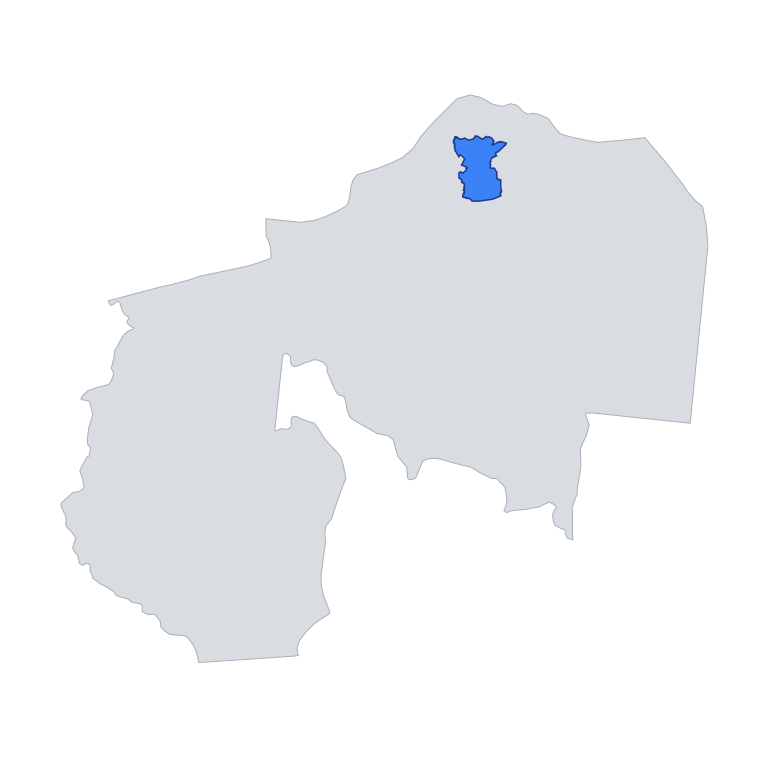 location of Kalomo, Southern, Zambia, rotated 186°
{"feature_id": "96606910B45059584224762", "entity_name": "Kalomo", "entity_type": "district", "adm_level": 2, "iso_a3": "ZMB", "parent_name": "Zambia", "parent_adm1": "Southern", "projection": "robinson", "projection_center": [26.465, -16.838], "detail": "fine", "context": "in_parent", "style": "filled", "palette": "blue", "viewbox_px": 768, "rotation_deg": 186, "n_neighbors": 0, "source": "geoboundaries", "source_scale": "gbopen_adm2", "svg_char_len": 9260}
<svg xmlns="http://www.w3.org/2000/svg" viewBox="0 0 768 768"><g transform="rotate(186 384 384)"><path d="M518.7,536.0L483.7,536.1L470.9,539.2L460.4,544.0L447.9,551.5L440.7,556.7L438.7,559.7L437.7,566.0L437.6,575.9L436.4,583.0L432.5,589.5L413.6,597.4L401.2,603.8L389.0,611.4L379.8,621.3L373.5,633.4L363.0,648.5L341.1,675.4L328.5,680.4L317.9,679.2L305.1,673.6L295.0,672.5L287.4,676.0L280.5,675.0L274.1,669.3L268.8,667.3L264.4,668.8L258.9,668.5L248.8,665.4L240.0,655.9L235.3,651.9L231.7,650.4L221.2,648.8L197.2,646.6L172.3,651.4L150.3,656.2L128.0,634.9L106.4,612.3L101.8,606.5L93.6,599.0L87.8,595.3L85.5,593.4L79.6,573.3L76.3,554.8L75.4,377.0L173.7,377.0L180.0,376.2L180.3,374.3L175.7,364.8L176.0,361.5L177.1,355.0L181.4,342.1L181.7,337.8L179.7,323.8L179.8,316.0L180.9,300.2L180.3,294.8L182.5,287.7L183.3,283.0L184.2,280.9L183.1,275.5L181.1,256.7L179.9,248.8L185.8,250.0L187.8,253.9L188.9,258.1L191.6,258.4L198.6,260.9L201.0,264.4L202.7,271.9L201.7,275.8L199.5,278.9L201.7,281.7L206.4,283.5L209.2,282.9L217.1,277.8L224.4,275.9L228.1,274.6L244.4,271.2L247.6,269.3L249.8,269.3L251.5,270.8L250.0,276.1L249.5,280.9L251.6,289.9L253.1,294.0L256.5,297.1L258.9,298.7L261.7,301.9L267.3,301.3L279.8,305.9L283.6,308.0L288.8,310.1L292.5,310.9L305.4,312.5L318.9,315.1L326.0,315.3L331.0,314.6L334.5,313.3L336.6,311.9L337.6,310.6L342.7,293.6L345.3,292.3L348.7,291.4L350.6,293.0L352.8,303.7L362.6,313.4L366.0,321.5L368.4,328.5L370.5,330.4L374.3,332.8L380.2,333.6L385.5,333.9L411.9,345.7L414.8,347.9L418.0,354.3L420.0,361.4L422.1,367.1L425.5,368.1L428.5,368.6L431.5,372.4L433.8,375.8L441.6,389.8L442.6,395.4L446.4,399.1L451.6,400.7L456.3,400.9L459.1,399.2L465.8,396.4L471.1,393.1L474.9,391.9L477.2,392.6L478.9,394.9L480.0,401.9L483.8,404.2L486.5,403.3L487.6,400.6L487.7,399.2L487.8,326.1L485.4,326.6L482.4,328.7L475.4,328.9L472.7,330.5L471.8,332.8L472.3,335.9L472.5,340.0L471.4,341.9L468.4,342.7L464.0,341.1L455.9,339.0L449.2,337.7L444.4,332.3L437.9,324.0L433.7,319.8L423.4,311.2L421.7,309.5L418.6,305.4L415.9,298.6L413.4,290.7L412.0,285.6L414.5,277.9L420.5,252.5L421.9,244.7L427.0,236.6L427.3,229.5L425.3,220.3L425.9,215.2L426.6,186.2L425.2,177.0L421.9,166.9L414.5,152.7L414.5,149.7L425.9,140.5L429.4,137.1L435.3,129.6L439.4,123.3L441.9,118.2L442.8,111.5L440.9,105.2L444.8,104.0L539.1,87.6L540.4,92.0L543.3,99.2L546.5,104.5L550.6,109.2L554.0,112.0L556.3,112.8L570.8,112.5L576.0,115.3L580.5,118.9L581.7,124.5L584.6,127.9L587.9,130.7L589.2,131.0L591.6,130.4L595.5,130.3L599.1,131.5L600.8,132.7L601.0,137.3L602.1,139.4L607.0,140.2L612.0,140.6L616.8,143.7L622.0,144.3L628.0,145.6L630.9,149.0L637.3,152.5L645.1,155.6L653.7,160.7L653.9,162.3L655.4,165.3L656.9,167.5L657.0,170.7L657.7,173.7L659.9,174.4L661.8,174.6L663.5,172.4L665.8,172.5L668.3,173.9L669.2,177.3L671.1,181.9L674.3,185.0L676.5,188.1L675.7,193.6L674.3,198.6L678.6,203.6L684.2,208.4L685.7,210.5L686.2,217.5L687.0,219.9L690.8,225.8L692.6,229.7L692.5,231.9L682.1,243.5L675.8,245.3L673.0,247.7L671.3,250.1L675.3,261.7L677.5,266.1L675.6,271.5L671.5,280.9L669.6,281.7L669.2,288.7L670.5,291.3L672.5,293.3L673.3,298.1L673.0,310.0L670.4,323.5L674.9,335.3L676.5,336.6L682.9,336.7L684.0,337.7L682.5,341.0L677.9,346.2L669.7,350.2L658.0,354.7L655.5,358.9L653.9,365.2L655.2,368.8L656.8,370.9L656.2,376.3L655.2,382.0L655.5,386.5L654.9,390.5L653.4,392.4L651.3,398.4L648.7,404.4L646.7,407.2L643.8,410.0L639.1,412.5L639.2,413.7L644.5,416.4L645.8,418.4L646.3,419.7L644.1,422.7L646.5,424.6L649.4,426.1L652.2,430.1L655.4,437.7L655.9,438.4L656.8,438.5L658.6,437.7L661.8,434.7L664.2,433.6L667.0,437.9L617.9,456.6L606.4,460.4L589.2,467.0L583.6,469.4L579.1,471.8L533.6,486.4L526.4,489.3L510.3,496.7L509.7,497.9L509.9,501.3L511.3,508.3L514.1,514.7L516.4,518.3L517.9,527.7L518.7,536.0Z" fill="#d9dde1" stroke="#a8b0b8" stroke-width="1"/><path d="M325.3,578.4L325.2,578.3L325.1,578.5L324.8,578.3L324.7,578.4L324.6,578.2L324.4,578.4L324.1,578.1L323.9,578.2L323.5,578.0L323.2,578.0L322.9,578.0L322.8,577.8L322.5,577.7L322.3,577.7L322.0,577.5L321.7,577.4L321.6,577.6L321.5,577.4L321.3,577.5L321.3,577.4L321.1,577.4L320.3,577.5L319.1,577.2L318.9,577.3L318.4,577.4L317.7,577.0L317.6,576.8L317.0,576.5L316.7,576.2L316.2,576.0L315.9,575.5L315.7,575.7L315.5,575.3L315.2,575.1L314.7,575.2L314.3,575.1L309.9,575.9L309.8,575.5L295.4,579.1L287.5,583.2L287.5,583.3L287.7,583.5L287.8,584.0L288.0,584.5L288.1,584.4L288.3,584.6L288.3,585.1L288.1,585.1L288.2,585.5L287.9,585.5L287.9,585.9L288.1,585.9L288.3,586.2L287.6,586.6L287.6,587.0L287.4,587.5L287.5,587.7L287.3,588.2L287.6,588.6L287.4,588.7L287.5,588.8L287.9,589.1L288.3,591.3L288.3,591.9L288.8,594.1L289.0,596.1L289.1,596.7L289.1,598.8L289.2,599.2L290.0,599.3L290.5,599.2L290.9,599.4L291.1,599.6L292.5,599.4L292.5,599.6L292.6,599.9L293.1,600.1L293.0,600.6L293.1,600.9L293.1,601.3L293.3,601.6L293.8,601.9L293.8,602.4L293.9,602.6L293.8,602.8L293.7,602.8L293.6,603.2L293.6,604.4L293.8,604.6L293.9,605.0L293.9,605.6L294.0,606.3L294.2,607.0L295.2,607.8L295.9,608.8L296.5,609.9L297.6,610.2L298.6,609.9L299.2,609.8L300.3,610.1L301.1,609.9L301.2,610.5L300.9,611.3L300.9,612.2L300.8,612.3L301.0,612.7L301.1,613.0L301.3,613.2L301.1,613.6L301.2,614.1L301.4,614.6L301.6,614.8L301.7,615.1L301.4,615.5L301.5,615.7L301.4,615.9L301.1,616.2L301.0,616.5L301.2,616.9L301.3,617.0L301.1,617.9L301.1,618.3L301.0,618.7L301.0,618.9L300.8,619.2L300.7,619.6L300.5,619.9L300.5,620.2L299.8,620.2L299.7,620.4L299.0,620.7L299.0,621.0L298.8,621.1L298.7,621.3L298.6,621.2L298.1,621.4L298.1,621.8L297.7,621.9L297.4,621.8L297.3,622.1L296.8,622.4L296.9,622.6L296.7,622.6L296.7,623.0L296.5,623.4L296.3,623.3L296.6,623.9L296.9,624.2L297.0,624.5L297.3,625.1L297.1,625.7L296.6,626.1L296.0,626.2L295.6,626.6L295.0,626.9L294.7,626.9L294.6,627.4L294.1,627.7L293.6,628.4L292.7,629.2L292.6,629.7L292.0,630.1L291.5,630.8L291.2,631.0L290.9,631.3L290.8,631.7L290.6,631.7L290.5,632.1L289.8,632.7L289.7,633.2L289.3,633.4L289.3,633.6L288.5,633.9L288.5,634.1L288.2,634.5L288.3,634.8L288.3,635.0L288.1,635.3L287.9,635.3L287.8,635.8L287.5,636.2L288.4,636.5L289.4,636.4L290.1,636.9L290.6,636.8L291.0,637.0L291.7,637.1L292.1,637.3L292.5,636.9L293.2,636.9L293.7,637.2L294.0,636.9L294.2,636.5L294.5,636.4L294.8,636.7L295.1,636.6L295.4,636.7L295.7,636.6L295.9,636.3L296.1,636.4L300.7,633.0L301.5,633.5L300.6,634.6L300.2,636.9L300.0,637.0L300.5,637.5L300.8,637.9L301.0,638.3L301.3,638.4L302.0,638.9L302.5,639.9L303.5,639.9L304.2,640.5L304.8,640.5L305.2,640.8L305.5,640.7L306.1,640.6L306.5,640.2L307.1,640.3L307.3,640.1L308.1,640.3L308.3,640.8L308.9,640.6L309.0,640.4L308.9,640.0L309.1,639.6L309.8,639.2L310.1,638.8L310.9,638.5L310.9,638.2L311.3,637.6L315.8,639.5L315.8,639.8L316.1,640.0L316.3,640.0L316.6,639.8L317.5,640.3L319.2,640.2L319.3,640.1L319.3,639.5L319.5,639.2L319.3,638.9L319.7,638.4L319.6,638.1L319.8,637.9L320.1,637.9L320.2,637.7L320.5,637.5L320.8,637.2L320.9,637.3L321.1,636.8L321.4,636.7L321.6,636.5L323.2,636.2L324.1,635.7L324.7,635.6L325.6,635.6L326.3,635.8L327.0,635.8L328.4,636.7L329.4,637.0L332.2,635.6L333.1,635.5L333.9,635.7L334.3,635.6L334.4,635.8L334.9,635.8L335.1,636.0L335.5,635.9L335.6,636.3L336.1,636.3L336.4,636.6L336.7,636.7L336.8,636.5L337.1,636.3L337.5,636.3L337.7,636.5L337.8,636.8L337.6,637.1L337.9,637.1L338.2,637.6L338.7,637.5L338.5,637.3L338.5,637.2L338.8,636.9L339.0,636.9L338.9,636.6L339.1,636.4L339.1,635.9L339.4,636.0L339.5,635.9L339.5,636.0L339.6,635.8L339.4,635.3L339.2,635.2L339.4,635.2L339.3,634.9L339.6,634.8L339.6,634.6L339.8,634.6L339.7,634.2L340.0,634.0L340.0,633.8L340.1,633.5L340.1,633.0L340.3,633.0L340.2,632.8L339.9,632.5L340.2,632.2L340.1,631.9L339.9,631.9L339.8,631.7L339.9,631.2L339.6,631.3L339.2,631.0L339.0,630.2L338.8,630.0L339.1,629.5L339.1,629.1L338.4,628.6L338.6,628.4L338.7,627.9L338.8,627.7L338.6,627.2L338.4,627.2L338.7,626.3L338.3,626.1L338.0,625.6L338.2,625.3L338.0,624.8L337.7,624.4L337.8,624.2L337.7,623.4L337.5,623.2L337.4,623.2L337.1,622.9L336.8,622.7L336.5,622.3L336.4,622.0L336.1,621.7L336.0,621.3L335.7,621.0L335.5,620.6L334.9,620.3L334.1,618.8L333.5,618.3L333.2,617.8L332.7,619.1L332.3,619.7L332.1,619.8L331.8,619.7L331.5,619.7L331.3,619.4L330.8,619.4L330.7,619.3L330.4,619.1L328.8,617.7L327.5,616.2L327.2,616.1L327.7,615.2L329.0,611.7L329.2,611.0L329.5,610.7L329.7,609.8L327.1,609.1L323.9,607.8L324.0,607.7L323.9,607.3L324.1,607.3L324.1,607.1L324.3,607.1L324.7,606.9L324.9,606.6L324.8,606.3L324.9,606.2L324.8,605.4L325.1,604.7L325.7,604.0L326.5,603.5L327.1,602.4L328.2,601.9L329.8,603.1L330.0,603.1L330.1,602.9L330.3,602.8L330.5,602.6L331.5,602.0L331.0,596.7L328.9,595.5L328.3,595.5L328.3,595.2L328.1,594.9L328.1,594.6L328.0,594.2L327.8,594.1L327.8,593.8L327.9,593.6L327.8,593.4L328.0,593.0L327.9,592.8L327.5,592.9L327.4,592.7L327.3,592.8L326.9,592.8L326.9,592.5L326.6,592.2L326.3,592.3L326.0,592.2L325.8,592.1L325.9,591.9L325.6,591.7L325.3,591.5L325.3,591.3L325.2,591.3L325.2,591.2L324.9,590.9L324.8,590.5L325.0,589.7L324.9,589.2L324.9,588.9L324.7,588.7L324.9,588.2L325.2,587.8L325.1,587.7L324.7,587.6L324.7,587.4L324.5,587.0L324.9,586.2L324.4,586.1L324.3,585.9L324.7,585.7L324.9,585.3L325.0,585.2L324.7,585.2L324.4,584.3L324.4,584.1L324.2,584.2L323.9,583.9L324.2,583.8L324.2,583.7L324.2,583.3L324.1,583.1L324.1,582.8L323.9,582.6L324.1,582.2L324.5,582.2L324.4,581.9L324.7,581.6L324.6,581.4L324.9,581.4L325.3,580.8L325.3,578.4Z" fill="#3b82f6" stroke="#1e3a8a" stroke-width="1.5"/></g></svg>